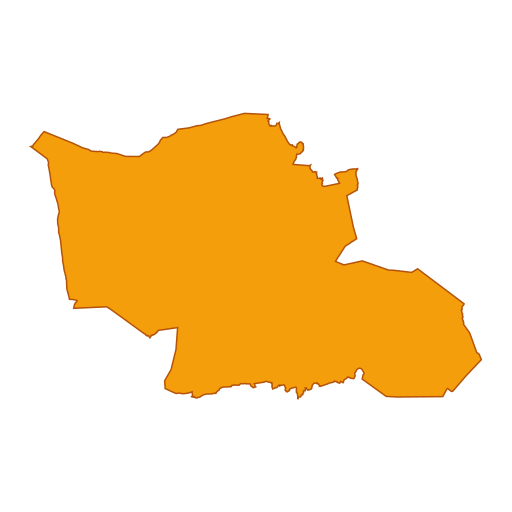 Gran nor, Oppland, Norway
{"feature_id": "86288312B61542642146209", "entity_name": "Gran nor", "entity_type": "district", "adm_level": 2, "iso_a3": "NOR", "parent_name": "Norway", "parent_adm1": "Oppland", "projection": "mercator", "projection_center": [10.546, 60.438], "detail": "fine", "context": "isolated", "style": "filled", "palette": "amber", "viewbox_px": 512, "rotation_deg": 0, "n_neighbors": 0, "source": "geoboundaries", "source_scale": "gbopen_adm2", "svg_char_len": 6052}
<svg xmlns="http://www.w3.org/2000/svg" viewBox="0 0 512 512"><path d="M357.6,168.6L354.9,169.1L353.5,168.9L349.5,169.5L347.8,170.2L346.5,171.4L344.9,171.8L340.3,172.0L336.5,173.4L334.6,174.4L336.7,178.1L337.0,178.0L337.9,178.4L337.6,179.7L339.6,183.3L324.8,186.4L322.4,186.0L322.0,185.1L321.9,184.4L322.1,183.8L322.4,183.7L321.9,182.4L322.1,182.2L322.1,181.8L322.9,180.9L322.6,180.5L322.8,180.3L322.6,179.8L322.7,179.5L322.3,178.8L322.5,178.4L322.3,177.9L321.9,178.1L321.5,179.1L321.2,179.2L320.7,179.1L320.5,178.2L320.0,178.0L319.3,178.3L317.3,178.4L317.3,176.7L316.7,175.5L316.8,174.2L316.3,173.7L316.3,172.9L316.7,172.2L315.0,171.9L315.0,171.6L314.8,171.6L314.7,171.9L312.7,172.0L311.6,170.1L311.0,169.8L310.0,168.3L310.0,166.1L310.5,165.1L309.2,165.7L293.1,164.4L293.2,163.5L293.8,162.4L294.1,161.4L294.9,160.5L295.9,158.9L296.0,158.0L296.5,157.4L296.4,155.8L296.7,154.2L297.6,154.3L300.0,153.8L302.9,151.0L303.5,149.9L303.1,149.5L303.3,149.2L303.6,147.1L303.4,145.8L303.2,145.4L303.2,144.4L302.8,144.0L303.0,143.5L301.8,143.0L301.7,142.3L300.1,141.9L299.4,142.2L298.7,142.8L298.5,143.4L297.4,143.9L297.1,144.4L297.0,145.4L296.5,147.7L296.0,147.9L294.8,146.7L291.6,145.4L291.9,144.9L290.7,145.0L289.5,144.2L287.8,141.9L284.6,135.8L283.4,134.3L280.5,128.4L279.1,123.1L279.2,122.6L278.2,123.4L276.7,123.4L276.8,123.8L276.4,125.0L275.3,125.9L272.2,126.0L271.1,125.4L270.9,126.1L270.3,126.2L268.7,124.0L268.9,121.9L268.0,121.1L268.6,119.9L269.1,119.9L269.8,119.2L269.8,118.7L267.1,118.4L268.0,115.5L268.1,114.5L244.5,113.4L231.6,116.7L224.6,118.9L206.4,123.5L200.7,125.4L197.1,125.7L188.9,127.9L177.9,129.3L176.7,131.2L176.4,132.1L173.1,134.5L171.5,134.9L170.4,135.9L166.9,137.4L162.7,137.5L161.9,138.7L160.5,140.0L159.6,142.1L158.2,144.1L151.9,149.8L148.9,151.8L145.8,152.0L145.0,152.3L139.3,156.5L125.5,156.4L116.8,153.5L111.3,153.1L109.3,152.5L105.0,152.2L103.6,152.4L102.5,152.1L102.4,151.8L99.8,151.3L98.0,151.6L90.9,151.1L89.1,149.7L82.6,147.8L73.0,143.3L44.1,131.6L40.8,135.3L38.1,139.3L37.0,140.4L34.5,143.5L33.6,144.3L33.1,145.3L33.0,146.0L30.7,146.5L47.1,158.7L48.3,161.6L48.5,162.5L48.4,164.2L48.2,165.0L48.8,167.5L50.3,176.3L50.6,178.9L51.6,185.2L52.4,187.4L53.6,188.3L54.8,190.3L54.9,190.7L54.5,192.2L55.3,195.9L56.1,197.8L56.8,200.5L57.9,203.8L58.7,209.0L59.3,211.1L59.3,211.9L58.3,215.3L57.6,218.9L57.7,223.9L58.5,226.8L58.7,230.7L58.6,232.1L59.4,234.9L60.5,240.0L61.8,252.9L62.5,257.1L62.6,258.4L62.5,258.9L62.8,261.8L63.4,264.9L64.2,270.5L64.9,272.6L65.2,274.4L66.0,277.0L65.9,278.3L66.7,281.0L66.5,281.9L66.9,289.1L69.3,298.1L69.4,299.3L73.8,299.6L76.7,300.4L77.1,300.5L77.2,300.9L76.6,302.1L75.7,302.4L74.4,304.8L73.7,308.3L106.7,306.8L110.4,309.1L142.9,332.7L144.9,334.1L145.5,334.2L146.0,335.3L147.4,336.0L147.9,335.6L148.5,335.7L149.9,337.8L151.0,336.3L151.2,335.2L152.5,335.2L152.9,334.7L153.4,334.9L154.9,334.1L155.6,333.1L156.0,333.1L156.3,332.5L157.0,332.3L157.2,331.7L157.7,331.4L158.1,330.4L177.6,327.6L176.0,349.4L171.1,369.5L164.6,380.9L165.2,388.6L174.8,393.0L176.4,393.5L179.3,393.0L182.3,393.7L184.6,393.6L188.6,393.0L192.1,391.8L192.1,393.0L192.3,393.5L192.3,394.2L192.7,395.7L192.6,396.2L192.0,396.2L191.5,396.6L191.9,396.9L193.1,396.7L193.1,397.1L194.0,397.2L194.7,396.8L194.9,397.3L195.3,397.7L196.9,398.0L198.0,397.4L199.8,397.1L203.2,394.9L206.1,394.1L212.6,393.8L213.3,393.3L215.8,393.4L216.0,393.3L215.9,392.8L216.5,392.2L218.0,390.7L219.0,390.2L219.8,388.4L220.7,388.2L221.4,387.5L223.2,387.1L227.9,386.9L229.3,386.6L230.2,386.9L231.2,386.6L231.7,385.5L232.1,385.2L232.9,385.4L234.5,384.9L234.9,385.1L239.1,385.2L240.5,383.7L243.3,383.8L245.3,383.4L245.7,383.8L250.0,383.9L250.5,384.4L250.7,385.8L252.3,386.9L253.0,387.6L253.6,387.7L255.7,386.8L255.0,386.2L254.6,384.2L254.3,383.7L264.3,382.1L266.0,381.2L269.1,382.3L270.9,382.4L271.5,383.5L271.9,383.1L272.2,384.5L272.1,386.4L271.9,386.5L272.7,389.0L275.5,387.7L276.2,387.8L276.9,387.5L278.6,385.3L279.9,385.1L279.8,385.9L281.1,385.3L284.2,384.9L284.5,385.6L285.0,386.3L285.0,387.1L285.5,387.7L285.6,388.6L285.2,389.4L285.2,390.2L285.6,390.9L286.1,390.8L286.8,391.4L287.0,391.9L289.5,390.5L289.4,389.8L290.1,388.8L293.0,387.8L295.9,387.2L296.3,387.6L296.6,388.7L296.3,389.9L296.4,392.2L296.9,392.3L297.7,395.6L297.8,397.0L297.7,398.6L298.2,398.6L298.2,397.5L298.5,397.2L299.1,396.9L300.1,397.0L300.7,396.8L301.3,394.9L302.7,394.8L302.8,394.6L302.5,394.0L303.6,392.7L303.5,390.9L305.3,390.7L305.4,389.1L305.1,388.0L306.3,387.9L307.1,389.4L307.8,390.1L308.4,389.8L309.0,390.0L311.6,388.8L311.8,387.8L311.7,387.3L312.0,386.9L312.2,385.5L313.8,383.3L316.4,383.0L316.7,383.5L317.3,383.1L318.3,384.3L318.7,384.1L319.4,385.5L319.4,386.2L320.2,385.9L320.5,386.3L327.6,383.9L329.2,383.1L333.5,382.2L334.6,381.0L335.7,381.6L336.8,381.6L336.8,381.9L337.2,382.4L339.6,383.2L340.2,382.5L340.7,381.4L342.7,382.6L343.4,382.6L343.7,380.9L344.2,379.7L346.6,378.4L347.9,376.9L350.4,378.1L353.7,378.7L354.4,377.7L355.1,375.9L355.1,375.5L354.8,374.2L354.8,373.4L355.1,372.3L355.9,371.8L356.3,370.3L357.2,369.3L358.7,368.3L359.6,368.2L360.3,368.3L361.9,369.2L364.1,373.2L364.1,373.9L363.2,374.6L362.1,379.0L386.2,396.4L397.2,397.0L442.8,396.6L447.0,388.8L447.6,388.5L451.5,391.5L452.8,391.2L466.4,375.4L481.3,359.7L481.1,359.2L481.1,358.6L480.5,357.7L479.3,354.5L478.2,353.3L477.1,352.9L476.7,352.4L469.7,333.0L463.6,324.4L463.5,323.8L463.8,323.0L463.7,322.9L463.5,322.0L463.2,321.5L463.3,321.0L463.0,320.6L462.2,318.2L462.9,317.4L462.9,316.6L462.3,314.8L462.7,314.1L461.8,312.6L461.9,311.7L461.4,310.7L461.4,310.1L461.5,309.8L462.1,309.6L462.2,309.3L461.9,307.9L462.0,306.8L463.8,304.7L464.1,303.8L417.6,268.8L411.7,272.4L393.8,270.3L388.6,270.1L362.3,260.9L343.9,264.9L335.4,261.4L345.2,246.2L356.7,238.7L353.3,226.8L346.8,195.7L357.3,189.9L357.4,189.0L357.2,188.4L357.8,187.5L357.5,186.4L357.8,185.7L357.5,185.3L357.4,184.6L357.8,184.3L357.7,183.8L358.1,183.1L357.7,182.0L357.1,178.6L356.1,175.8L356.0,173.4L356.1,173.0L355.8,172.6L355.8,171.9L356.1,171.3L356.7,170.9L357.2,169.3L357.7,169.1L357.6,168.8L357.6,168.6Z" fill="#f59e0b" stroke="#b45309" stroke-width="1.5"/></svg>